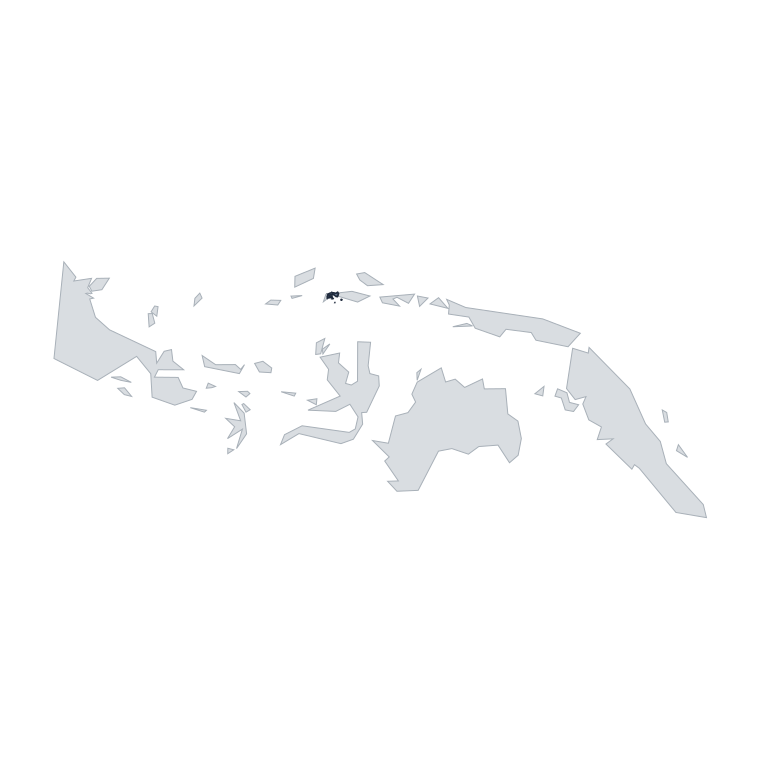 location of Sikka, Nusa Tenggara Timur, Indonesia, rotated 184°
{"feature_id": "22746128B25889265457696", "entity_name": "Sikka", "entity_type": "district", "adm_level": 2, "iso_a3": "IDN", "parent_name": "Indonesia", "parent_adm1": "Nusa Tenggara Timur", "projection": "orthographic", "projection_center": [122.277, -8.457], "detail": "fine", "context": "in_parent", "style": "filled", "palette": "slate", "viewbox_px": 768, "rotation_deg": 184, "n_neighbors": 0, "source": "geoboundaries", "source_scale": "gbopen_adm2", "svg_char_len": 6772}
<svg xmlns="http://www.w3.org/2000/svg" viewBox="0 0 768 768"><g transform="rotate(184 384 384)"><path d="M253.3,314.2L266.0,331.0L285.1,328.2L294.9,319.9L311.8,324.3L325.0,320.8L342.5,280.3L363.6,277.9L373.6,287.2L362.9,288.3L377.9,307.2L373.7,311.6L391.5,326.8L375.5,325.2L370.3,352.9L358.1,357.1L351.2,368.2L355.5,375.8L351.0,388.2L328.0,404.1L322.7,390.3L313.3,393.8L303.3,386.2L286.1,395.9L283.6,386.1L262.5,387.8L258.4,362.8L247.8,356.3L243.2,339.2L245.2,322.3L253.3,314.2ZM53.0,273.2L83.8,276.2L123.5,317.8L128.5,321.0L130.8,316.3L158.4,339.6L151.6,345.3L167.4,343.4L164.1,356.3L177.2,362.5L184.3,377.9L181.6,385.5L192.2,381.8L201.6,392.2L198.3,432.8L182.4,429.1L182.0,434.8L138.4,396.2L120.3,362.4L104.4,346.0L96.8,324.2L57.1,286.0L53.0,273.2ZM715.0,386.4L711.9,483.5L698.8,469.1L700.6,465.1L683.1,469.0L686.3,459.4L681.6,454.1L683.3,453.5L686.1,454.0L687.8,453.5L679.7,449.4L683.5,448.3L676.5,430.4L661.6,418.9L614.0,400.4L612.2,388.9L605.6,401.3L598.4,403.5L596.2,392.1L584.8,384.2L610.2,382.5L613.5,374.8L589.8,376.2L584.3,366.0L570.5,363.6L574.4,355.3L591.2,348.3L614.4,354.7L617.4,378.0L632.7,394.3L670.0,367.6L715.0,386.4ZM479.7,326.5L462.8,336.6L415.3,333.3L409.5,337.2L407.6,349.4L416.6,361.4L430.2,353.3L458.0,352.6L426.9,368.9L440.9,384.2L440.3,394.8L449.6,406.3L430.4,411.8L430.9,401.9L420.0,393.4L422.4,381.9L416.5,380.7L410.6,384.9L413.2,424.3L400.3,424.7L401.1,401.1L398.8,393.4L389.9,391.7L388.6,381.7L399.3,354.6L404.3,353.9L402.5,342.5L410.7,326.8L422.8,321.5L465.4,328.6L483.0,316.3L479.7,326.5ZM203.0,434.0L235.5,438.3L240.7,445.6L266.1,447.1L271.8,439.1L296.9,446.0L304.0,456.7L324.5,458.3L324.4,467.4L327.4,472.8L307.8,466.0L230.2,460.0L191.7,448.3L203.0,434.0ZM522.1,329.1L536.3,318.6L530.0,330.9L539.5,338.7L524.4,337.3L532.4,355.0L521.5,345.2L517.6,324.7L526.6,309.3L522.1,329.1ZM529.0,384.3L564.1,388.8L567.4,399.7L553.3,391.5L533.6,393.0L528.0,388.6L524.5,393.6L529.0,384.3ZM448.2,469.4L422.4,474.2L404.2,470.8L416.0,463.9L441.4,469.6L450.2,461.8L448.2,469.4ZM373.9,462.8L391.2,464.9L394.2,470.4L359.8,475.8L365.2,466.2L377.1,471.4L381.0,469.4L373.9,462.8ZM479.8,474.4L480.3,485.2L460.8,494.8L461.8,484.4L479.8,474.4ZM201.4,370.8L206.1,382.4L212.6,383.8L210.5,391.3L200.9,388.0L197.7,378.6L188.4,376.9L193.0,369.8L201.4,370.8ZM678.0,469.3L665.4,470.4L672.0,458.4L681.9,456.2L684.8,460.9L678.0,469.3ZM407.3,480.9L415.3,486.0L419.0,491.8L411.0,493.8L391.8,483.1L407.3,480.9ZM509.1,387.3L514.5,395.5L506.4,398.2L497.1,392.1L497.6,387.4L509.1,387.3ZM325.5,463.9L343.7,467.1L335.6,473.9L325.5,463.9ZM353.9,463.9L356.8,474.1L346.1,472.8L353.9,463.9ZM232.8,384.8L224.2,392.8L224.8,383.2L232.8,384.8ZM622.3,424.6L624.1,437.7L620.1,438.1L616.9,428.7L622.3,424.6ZM319.4,445.9L305.6,450.2L299.7,448.1L319.4,445.9ZM454.2,408.7L454.3,420.4L446.2,425.3L449.3,409.7L454.2,408.7ZM76.1,332.0L87.6,337.9L86.1,344.0L76.1,332.0ZM104.6,377.5L100.0,375.3L97.8,366.0L101.3,365.5L104.6,377.5ZM574.1,461.8L571.5,457.0L579.0,448.6L578.6,456.3L574.1,461.8ZM561.2,343.4L575.6,346.9L559.3,345.4L561.2,343.4ZM472.7,365.7L486.1,369.1L471.4,368.7L472.7,365.7ZM447.9,414.4L440.8,420.2L447.0,409.7L447.9,414.4ZM634.9,354.0L642.3,355.3L649.3,361.1L642.6,362.1L634.9,354.0ZM507.7,455.6L502.8,459.8L492.8,460.2L495.5,455.4L507.7,455.6ZM621.4,439.8L618.2,445.8L614.8,445.4L615.4,435.8L621.4,439.8ZM528.4,366.3L519.6,367.2L517.1,365.1L520.8,361.4L528.4,366.3ZM636.2,368.0L646.7,369.3L656.7,371.8L647.1,372.8L636.2,368.0ZM450.1,358.6L459.2,362.5L449.9,364.6L450.1,358.6ZM535.3,309.0L529.3,307.9L535.0,303.6L535.3,309.0ZM471.8,466.5L481.7,463.0L482.9,465.2L471.8,466.5ZM561.0,367.4L559.4,372.6L551.9,369.8L555.7,368.3L561.0,367.4ZM352.0,397.6L348.1,401.3L351.2,390.0L352.0,397.6ZM519.7,346.3L524.3,353.6L522.6,354.7L515.7,349.0L519.7,346.3Z" fill="#d9dde1" stroke="#a8b0b8" stroke-width="1"/><path d="M436.6,472.3L436.7,472.2L436.8,472.2L437.0,472.1L437.1,471.9L437.3,471.9L437.4,471.7L437.7,471.6L437.8,471.4L438.0,471.2L438.3,471.2L438.5,471.1L438.8,471.1L439.2,471.1L439.3,471.2L439.5,471.4L439.8,471.4L440.0,471.3L440.3,471.4L440.5,471.5L440.8,471.5L440.8,471.4L441.0,471.4L441.4,471.3L441.5,471.3L442.0,471.4L442.1,471.5L442.1,471.4L442.2,471.5L442.3,471.3L442.6,471.3L442.8,471.3L442.9,471.2L443.0,471.2L443.3,471.2L443.5,471.2L443.9,471.0L444.0,471.0L444.1,470.9L444.3,470.9L444.5,470.7L444.7,470.4L444.8,470.4L444.8,470.2L445.0,470.1L445.3,470.1L445.5,469.9L445.7,470.0L445.8,469.9L446.2,469.7L446.3,469.7L446.2,469.6L446.2,469.4L446.2,469.2L446.2,468.9L446.3,468.7L446.4,468.4L446.4,468.2L446.5,468.1L446.4,468.0L446.5,467.9L446.6,467.7L446.8,467.5L446.7,467.3L446.6,467.2L446.7,466.8L446.7,466.5L446.6,466.4L446.7,466.2L446.7,465.9L446.4,466.0L446.0,465.9L445.8,466.0L445.8,465.9L445.7,466.0L445.4,466.1L445.3,466.4L445.4,466.5L445.2,466.6L445.0,466.8L444.9,466.9L444.8,467.0L444.7,467.1L444.5,467.3L444.4,467.3L444.4,467.2L444.1,467.2L443.9,467.3L443.7,467.5L443.8,467.8L444.0,467.9L444.1,468.0L444.3,468.1L444.2,468.2L444.2,468.3L444.3,468.4L444.2,468.4L444.2,468.5L443.9,468.8L443.8,469.1L443.6,469.3L443.4,469.2L443.1,469.2L443.0,469.3L442.8,469.3L442.6,469.4L442.4,469.3L442.0,469.3L441.8,469.5L441.6,469.4L441.6,469.5L441.3,469.7L441.2,469.7L441.0,469.8L440.9,469.8L440.8,469.7L440.6,469.7L440.3,469.7L440.2,469.6L439.9,469.5L439.8,469.4L439.7,469.3L439.7,469.2L439.4,469.0L439.3,468.9L439.2,468.8L439.1,468.7L438.7,468.4L438.3,468.2L438.2,468.2L437.9,468.1L438.0,468.3L437.9,468.3L437.8,468.1L437.7,468.1L437.4,468.1L437.2,468.0L436.9,468.1L436.7,468.0L436.8,467.9L436.6,467.9L436.6,468.0L436.5,468.3L436.4,468.3L436.3,468.6L436.4,468.8L436.3,469.0L436.3,469.3L436.1,469.3L436.2,469.6L436.0,469.8L436.0,470.0L435.8,470.3L435.8,470.6L435.7,470.7L435.7,470.8L435.6,471.0L435.8,471.2L435.8,471.3L435.9,471.5L436.0,471.5L436.2,471.4L436.4,471.4L436.5,471.5L436.5,471.8L436.5,472.1L436.6,472.3ZM442.1,466.6L441.9,466.6L441.7,466.6L441.6,466.8L441.5,467.0L441.8,467.4L441.9,467.5L442.0,467.5L442.4,467.7L442.5,467.5L442.6,467.4L442.8,467.2L442.7,467.2L442.8,467.0L442.9,466.9L442.7,466.7L442.7,466.8L442.4,466.7L442.1,466.6ZM432.3,464.6L432.2,464.6L432.0,464.8L431.9,464.9L431.8,465.0L431.8,465.3L432.0,465.4L432.4,465.5L432.6,465.5L432.8,465.3L432.8,465.2L432.7,464.8L432.6,464.6L432.4,464.6L432.3,464.6ZM441.4,465.4L441.2,465.4L441.1,465.5L440.8,465.5L440.7,465.7L440.8,465.7L441.0,465.7L441.3,465.5L441.4,465.4L441.4,465.4ZM444.2,466.4L444.0,466.5L444.3,466.7L444.2,466.4ZM443.3,467.1L443.1,467.1L442.9,467.2L442.9,467.3L443.0,467.3L443.3,467.3L443.4,467.2L443.2,467.2L443.3,467.1ZM438.5,461.8L438.4,461.9L438.2,462.0L438.4,462.0L438.5,462.0L438.6,461.8L438.5,461.8ZM441.7,465.4L441.6,465.5L441.7,465.4L441.7,465.4ZM443.5,467.4L443.4,467.3L443.5,467.4ZM443.2,467.0L443.2,466.9L443.1,467.0L443.2,467.0Z" fill="#64748b" stroke="#1e293b" stroke-width="1.5"/></g></svg>